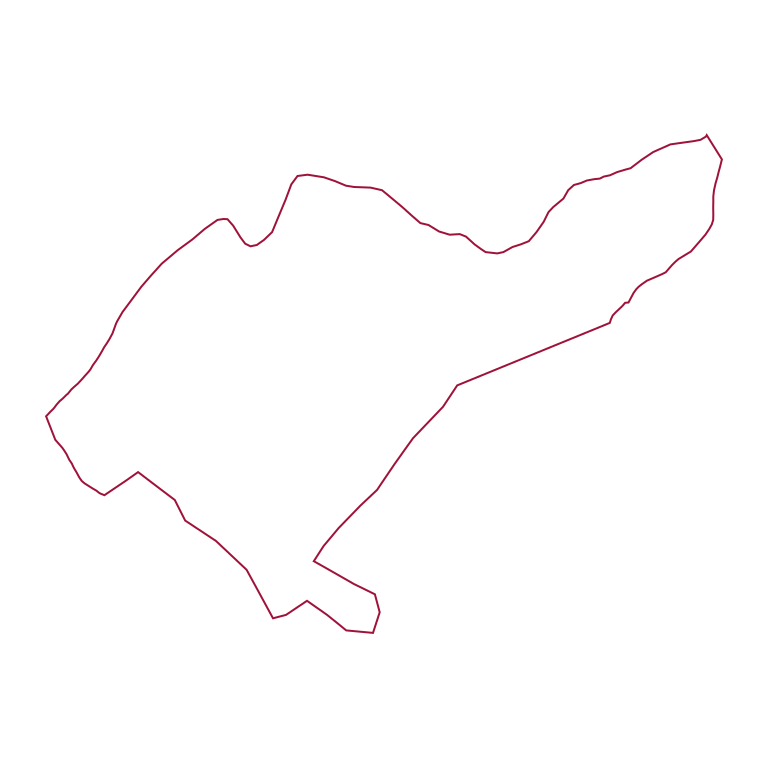 the district of Corinth Estate, Gros Islet, Saint Lucia
{"feature_id": "8701671B94015264983282", "entity_name": "Corinth Estate", "entity_type": "district", "adm_level": 2, "iso_a3": "LCA", "parent_name": "Saint Lucia", "parent_adm1": "Gros Islet", "projection": "equal_earth", "projection_center": [-60.954, 14.043], "detail": "fine", "context": "isolated", "style": "outline", "palette": "rose", "viewbox_px": 768, "rotation_deg": 0, "n_neighbors": 0, "source": "geoboundaries", "source_scale": "gbopen_adm2", "svg_char_len": 2401}
<svg xmlns="http://www.w3.org/2000/svg" viewBox="0 0 768 768"><path d="M47.0,418.6L55.3,439.8L62.4,447.9L64.2,450.5L66.7,454.4L67.7,456.6L69.4,460.0L70.5,461.6L71.9,463.7L72.8,465.7L74.1,468.3L76.4,472.1L78.2,475.4L79.2,477.3L81.7,480.9L83.3,482.3L84.5,483.3L88.4,485.8L93.0,488.7L96.3,490.6L99.6,493.2L104.4,495.2L125.6,480.9L138.1,472.1L150.0,481.2L174.8,500.0L185.2,520.6L215.9,540.9L246.6,569.8L249.9,575.8L253.6,582.6L255.2,585.5L271.5,615.5L273.0,618.3L276.8,617.3L286.0,614.9L298.5,606.5L307.0,600.8L327.1,614.9L338.4,624.0L346.2,630.4L373.0,632.9L379.7,612.3L374.9,594.3L353.9,584.0L333.8,572.5L320.4,564.9L313.8,561.2L323.6,546.0L330.5,537.8L338.6,528.1L360.4,505.6L377.1,489.9L380.7,484.5L394.6,464.0L408.7,444.2L411.6,440.2L413.0,438.2L443.0,406.8L457.2,385.4L609.8,322.9L610.9,319.4L612.7,315.5L615.6,312.4L622.4,306.0L625.1,302.8L628.5,302.5L633.6,292.9L636.2,289.3L638.7,286.7L642.0,284.1L646.9,280.7L654.8,277.3L662.1,274.1L665.7,272.3L671.9,265.2L675.4,261.7L678.7,258.9L690.9,251.5L698.9,242.3L705.4,234.7L709.3,228.9L711.8,224.4L713.2,220.0L713.3,214.5L713.2,207.4L713.3,202.2L713.3,196.6L714.0,190.3L715.6,183.2L717.3,177.4L718.7,171.7L720.2,166.2L721.9,159.4L706.7,135.1L705.9,136.6L700.6,139.8L693.9,141.1L679.5,143.1L670.4,144.4L658.9,149.5L653.1,152.1L641.6,159.8L630.6,168.2L625.8,169.5L617.1,172.1L609.9,175.3L603.7,176.6L599.8,178.6L594.1,179.2L586.9,180.5L580.7,183.1L573.9,185.0L568.2,190.2L563.4,198.6L553.3,207.0L548.5,212.1L543.7,221.8L536.5,232.1L528.8,241.2L520.7,244.4L512.5,247.0L503.4,252.1L497.2,253.4L485.6,252.1L480.8,248.9L474.6,244.4L466.0,236.6L459.7,234.1L449.7,234.7L439.1,231.5L428.5,225.0L420.4,223.1L412.2,216.0L402.2,207.0L390.6,197.3L382.0,190.2L370.5,187.6L354.2,187.0L346.0,185.7L335.0,181.1L323.9,177.3L307.6,174.7L297.5,176.0L291.3,184.4L285.5,199.9L276.9,220.5L272.1,232.1L264.0,239.9L256.8,245.0L250.5,246.3L245.2,243.7L240.4,237.3L233.2,225.7L227.5,219.2L223.5,219.0L217.5,219.9L204.9,228.8L192.3,239.5L177.7,250.2L161.8,263.6L150.5,276.1L141.2,286.9L130.6,301.2L122.6,311.9L117.2,321.2L116.0,323.7L112.5,333.4L109.2,339.5L106.5,343.8L104.3,347.0L101.8,351.5L99.0,356.3L96.0,360.9L92.9,365.1L90.5,369.3L88.5,371.9L85.2,375.5L81.8,379.4L77.8,383.7L74.3,386.7L71.3,389.5L67.9,393.7L66.3,395.0L62.9,398.4L59.5,401.3L56.6,404.6L54.6,407.3L53.1,409.1L50.7,411.4L47.5,414.8L46.1,416.3L47.0,418.6Z" fill="none" stroke="#9f1239" stroke-width="2"/></svg>